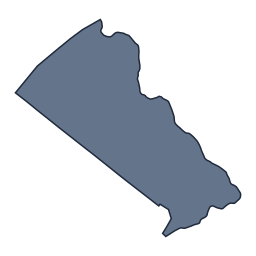 the district of Bucks, Pennsylvania, United States of America
{"feature_id": "52423323B57053352254999", "entity_name": "Bucks", "entity_type": "district", "adm_level": 2, "iso_a3": "USA", "parent_name": "United States of America", "parent_adm1": "Pennsylvania", "projection": "albers", "projection_center": [-74.98, 40.329], "detail": "fine", "context": "isolated", "style": "filled", "palette": "slate", "viewbox_px": 256, "rotation_deg": 0, "n_neighbors": 0, "source": "geoboundaries", "source_scale": "gbopen_adm2", "svg_char_len": 2162}
<svg xmlns="http://www.w3.org/2000/svg" viewBox="0 0 256 256"><path d="M15.4,92.8L26.6,101.5L37.0,110.0L39.4,111.9L53.8,123.4L57.9,126.7L59.3,127.8L86.3,149.0L94.8,155.6L113.3,170.4L117.4,173.7L126.5,180.9L137.1,189.1L149.5,198.7L153.7,202.0L158.8,205.9L160.0,204.2L168.5,209.5L171.3,218.6L166.7,226.8L162.6,233.4L165.8,236.5L174.6,230.9L178.3,228.9L180.3,228.0L181.6,227.9L184.3,228.3L185.1,228.2L191.4,226.0L193.7,224.9L198.5,223.6L199.4,223.0L199.7,222.5L200.2,221.0L200.4,220.5L200.7,220.0L201.3,219.3L202.3,218.6L204.6,217.5L206.2,216.3L207.0,215.1L207.7,212.1L209.0,208.8L209.7,207.4L210.8,206.3L211.8,206.0L212.6,205.9L212.8,206.0L213.6,206.2L217.2,207.8L220.8,208.7L221.8,208.8L222.7,208.6L226.5,205.3L228.4,204.0L229.6,203.4L230.7,203.1L233.4,203.3L234.3,203.3L235.0,202.9L239.4,198.9L239.8,198.4L240.3,197.2L240.6,195.7L240.6,193.9L240.4,193.1L237.0,187.7L236.0,186.5L233.9,185.2L231.7,184.3L231.6,184.2L230.9,183.6L230.5,183.0L230.1,182.0L229.0,178.3L228.9,178.1L227.1,174.9L226.1,172.2L225.8,171.9L222.9,169.5L218.7,166.5L211.6,163.0L210.3,161.8L206.6,160.0L204.8,158.3L203.5,155.1L201.6,150.9L200.6,147.9L199.4,145.1L198.2,142.8L197.1,141.0L193.5,137.0L191.5,135.2L190.2,134.1L188.8,133.3L186.7,133.1L185.3,132.6L182.6,130.5L179.8,127.8L177.9,126.3L176.0,124.4L175.0,123.0L174.8,122.7L174.4,120.8L174.1,117.0L173.3,114.1L171.8,109.7L168.8,102.3L168.4,101.5L167.1,100.5L163.3,98.7L162.5,98.1L161.5,97.0L159.2,96.3L158.6,96.5L157.2,97.4L153.1,98.6L150.9,99.1L149.8,98.9L147.4,97.8L145.9,96.6L145.5,95.9L145.1,95.6L144.5,95.1L141.6,94.2L140.8,93.4L140.3,92.1L140.0,91.6L139.6,87.5L138.3,81.7L137.4,79.0L137.4,78.6L138.3,75.2L138.1,73.8L138.2,72.2L139.2,70.6L139.8,68.9L139.9,66.9L139.8,64.9L139.0,59.8L138.7,57.5L138.8,54.1L139.0,51.5L138.6,47.5L138.4,46.3L138.0,45.3L135.1,42.9L130.0,36.7L128.7,35.4L125.5,34.3L123.7,33.3L117.9,32.3L116.4,32.5L114.8,33.3L111.5,36.3L110.2,36.8L108.6,36.8L106.6,36.4L104.3,35.5L103.2,34.7L101.6,32.8L101.1,32.0L100.8,31.1L100.8,30.7L100.9,29.8L102.0,27.9L102.2,26.6L102.2,26.1L101.6,21.8L100.3,19.5L82.7,29.5L70.2,38.8L61.1,46.3L60.0,47.1L37.4,66.0L15.4,92.8Z" fill="#64748b" stroke="#1e293b" stroke-width="1.5"/></svg>